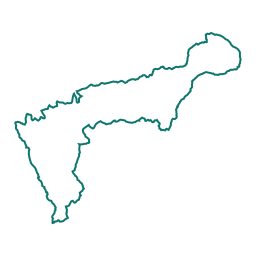 Dos de Mayo, Huánuco, Peru
{"feature_id": "86281439B79101978264301", "entity_name": "Dos de Mayo", "entity_type": "district", "adm_level": 2, "iso_a3": "PER", "parent_name": "Peru", "parent_adm1": "Huánuco", "projection": "albers", "projection_center": [-76.617, -9.7], "detail": "fine", "context": "isolated", "style": "outline", "palette": "teal", "viewbox_px": 256, "rotation_deg": 0, "n_neighbors": 0, "source": "geoboundaries", "source_scale": "gbopen_adm2", "svg_char_len": 5679}
<svg xmlns="http://www.w3.org/2000/svg" viewBox="0 0 256 256"><path d="M52.6,223.0L54.3,222.5L54.6,221.9L55.2,221.4L56.2,221.5L57.4,221.0L58.2,220.2L58.9,220.5L59.7,221.6L61.2,221.6L62.8,221.2L63.4,221.0L65.1,219.4L67.9,217.9L67.1,216.3L66.3,213.8L66.4,212.9L66.9,212.3L66.7,211.3L67.0,209.8L66.5,208.8L65.9,206.5L67.6,206.3L68.4,205.7L69.1,205.5L71.2,201.3L72.8,200.8L73.9,202.3L74.5,202.7L75.5,202.4L77.2,200.4L79.0,199.6L79.0,198.8L79.4,198.3L79.7,196.4L80.9,195.4L80.1,194.6L79.8,192.7L82.5,190.7L82.8,189.8L83.9,188.6L83.1,187.6L82.8,185.7L82.4,185.2L81.9,183.6L79.9,182.0L79.1,180.7L77.6,179.9L76.9,177.2L75.9,176.1L75.1,175.7L74.5,174.5L73.5,173.5L72.5,171.5L73.2,170.9L74.2,170.6L74.9,169.8L74.8,168.6L75.8,166.7L75.6,165.6L75.8,164.5L76.8,162.5L77.8,159.0L79.2,155.9L79.1,153.7L79.7,153.0L79.9,152.3L79.3,150.0L79.3,147.9L79.7,145.2L79.1,144.2L80.7,144.4L83.4,144.2L84.2,143.8L86.0,143.8L86.8,143.3L88.9,142.8L89.3,142.4L89.0,141.3L89.2,140.1L89.0,139.4L87.5,137.9L85.5,136.6L85.1,134.8L83.6,133.0L83.0,131.5L82.9,129.6L83.5,128.7L88.8,124.9L89.5,126.4L91.6,127.9L93.0,128.5L94.0,127.7L95.6,124.6L96.2,123.9L97.9,122.5L100.6,121.2L101.7,122.2L105.1,123.5L105.9,124.2L106.5,124.3L108.4,123.7L110.8,123.5L112.8,121.5L114.3,120.5L114.9,120.5L115.3,121.5L117.1,121.5L118.0,121.3L119.6,120.0L120.5,119.7L124.8,120.4L125.9,121.5L128.9,122.4L132.3,122.8L134.1,122.2L135.1,122.2L137.2,120.7L138.1,120.5L139.3,120.7L139.2,120.0L139.7,119.4L142.1,117.6L143.0,118.2L144.6,118.6L145.4,120.9L146.3,120.8L147.5,119.9L148.4,119.9L149.3,120.7L150.6,120.1L152.4,122.2L153.7,122.0L154.5,120.7L155.1,120.3L156.7,120.4L157.0,120.1L157.5,121.0L159.7,123.5L159.4,125.0L158.6,125.9L159.4,127.4L159.4,128.6L160.7,129.1L161.2,130.2L163.0,129.9L165.2,130.4L166.2,129.0L166.6,128.8L168.6,129.9L170.9,125.1L170.8,123.1L171.5,121.7L171.7,120.5L172.1,119.6L172.8,118.8L174.9,119.0L176.4,117.9L176.8,116.2L176.4,115.6L176.4,114.7L176.7,114.1L176.3,112.0L176.4,110.9L176.0,109.9L176.8,108.0L177.8,106.9L177.3,106.3L178.1,105.5L178.4,104.4L179.1,103.7L179.8,102.5L179.9,101.8L180.5,101.4L181.2,100.0L182.9,99.0L183.8,98.8L184.4,97.3L185.2,96.3L187.2,95.0L190.7,90.8L190.4,90.0L190.6,88.7L191.4,88.1L192.2,86.8L191.9,85.5L192.3,82.3L192.0,81.3L192.7,81.0L193.0,80.2L194.3,79.5L195.3,78.1L195.9,77.9L197.4,76.2L198.5,75.4L201.5,74.0L202.5,73.9L203.4,73.1L206.0,72.1L211.2,73.2L212.3,73.7L213.3,73.5L214.5,74.6L218.6,74.9L219.4,74.2L222.1,74.2L225.3,73.5L226.0,72.9L226.4,72.1L227.8,71.1L229.3,70.8L229.8,70.2L231.0,69.7L232.9,69.8L234.8,69.2L236.0,69.5L236.6,69.3L237.5,68.2L237.6,66.9L238.9,66.8L239.4,66.1L239.2,64.7L240.1,63.0L240.1,61.7L240.6,59.3L239.9,56.7L239.9,52.3L239.1,50.8L237.7,49.1L236.1,47.9L232.8,46.4L231.1,44.5L230.2,42.7L228.6,41.0L227.3,39.9L225.6,39.2L223.2,37.1L220.3,35.5L216.3,34.5L215.0,34.9L213.6,34.0L211.1,33.0L209.2,34.1L207.6,33.7L206.2,34.3L205.7,35.0L206.2,37.2L206.0,38.8L206.8,39.6L206.7,42.1L206.3,42.2L204.7,41.8L203.8,42.7L202.2,42.3L201.4,42.8L199.6,43.4L198.3,44.6L197.8,44.6L197.1,43.9L196.2,43.7L194.6,45.2L193.2,46.1L191.7,47.5L190.7,48.0L188.8,49.7L188.5,51.5L187.9,53.3L188.5,55.1L187.6,57.7L187.4,60.7L186.9,61.8L186.8,63.4L186.5,64.0L185.8,64.3L185.7,65.3L184.5,65.9L182.4,66.7L179.8,66.6L179.0,67.1L177.7,67.1L176.5,66.8L175.6,67.0L174.2,67.9L173.3,68.1L172.8,68.8L171.7,69.2L169.5,67.9L168.7,68.0L167.4,68.9L165.4,68.8L164.0,68.0L163.5,66.8L162.6,66.6L162.1,67.0L160.8,67.2L160.2,68.0L158.8,68.9L157.7,69.2L155.5,68.9L154.1,69.3L153.6,69.8L153.4,71.0L152.9,71.7L152.6,73.5L152.2,74.0L152.0,75.0L151.6,75.3L150.9,74.8L149.9,74.9L149.4,75.8L148.2,77.0L147.4,77.0L146.6,77.2L146.2,76.3L144.8,75.2L142.7,75.3L142.1,76.1L140.0,76.9L137.7,79.2L136.4,79.3L135.3,79.8L134.9,79.5L133.2,79.2L131.2,79.4L128.1,80.8L127.5,81.3L127.0,82.1L125.1,82.9L122.7,81.3L121.6,80.8L117.4,82.5L116.4,81.8L114.6,81.8L113.7,81.5L109.2,82.6L108.5,83.0L105.4,83.4L104.8,83.8L102.0,83.0L100.8,83.4L99.3,84.9L97.7,85.6L96.5,85.3L95.6,85.8L92.9,85.6L92.2,84.9L90.9,84.6L86.7,87.9L85.5,88.4L81.8,89.1L79.1,90.6L76.9,91.2L77.2,91.6L77.2,92.5L77.4,93.2L78.7,93.9L80.1,95.5L81.6,96.2L79.6,97.7L78.9,98.7L79.1,101.7L78.5,102.3L77.3,102.6L76.9,102.0L76.5,100.7L76.6,99.3L75.8,97.0L74.9,95.6L74.1,93.7L73.6,94.3L73.4,95.4L72.9,96.6L72.1,101.7L71.4,102.9L69.4,103.3L67.6,103.0L65.3,103.8L64.4,103.6L63.1,102.6L59.4,102.4L57.2,101.4L56.7,102.2L56.6,103.0L57.2,105.1L57.0,106.1L55.1,106.5L53.0,107.7L52.5,107.5L52.0,106.8L50.7,106.6L49.4,105.3L48.4,106.7L47.9,108.8L47.3,109.0L45.3,109.2L41.4,110.7L42.9,113.7L44.6,116.0L44.8,117.8L44.3,118.3L43.1,118.3L41.6,117.2L41.0,117.0L40.6,117.3L39.8,119.3L38.3,120.6L37.6,120.4L35.0,118.3L33.9,119.5L32.7,120.3L32.1,119.9L31.5,118.9L31.5,116.1L30.9,114.9L28.5,114.5L27.9,114.0L27.2,113.9L26.4,115.0L26.3,116.8L25.8,117.4L25.6,118.7L26.0,122.3L24.8,124.6L23.2,124.2L22.2,123.3L21.0,123.3L19.9,122.3L17.6,121.8L16.7,122.2L15.7,122.2L15.4,122.6L15.4,123.4L16.2,125.8L15.9,126.9L16.1,128.9L17.4,130.1L18.2,132.8L19.3,134.2L19.4,136.9L20.4,138.1L21.3,138.6L22.1,140.3L24.5,141.4L25.6,144.7L26.4,146.1L26.2,147.5L27.2,147.5L28.4,147.8L29.3,149.4L29.3,150.0L28.9,150.9L28.8,154.1L29.6,158.5L30.5,161.4L31.2,163.4L31.9,164.4L34.6,167.2L35.6,168.7L37.2,173.2L38.1,174.1L38.3,175.8L39.0,177.0L38.1,177.5L37.9,178.0L38.7,179.0L39.0,179.9L39.8,180.3L41.2,181.6L42.1,183.9L42.2,185.8L44.5,187.2L44.4,188.4L45.5,189.9L46.1,192.2L46.4,192.5L47.2,192.4L47.7,194.5L46.9,195.3L46.7,196.4L47.2,197.7L47.3,198.4L48.6,199.9L49.6,200.5L51.2,200.8L52.3,202.9L54.4,205.0L55.1,206.7L55.7,207.4L55.6,208.3L55.2,208.9L55.6,210.0L54.7,211.1L54.5,213.0L52.2,216.3L52.3,217.5L53.0,218.5L52.5,219.9L52.7,221.3L52.4,222.4L52.6,223.0Z" fill="none" stroke="#0f766e" stroke-width="2"/></svg>